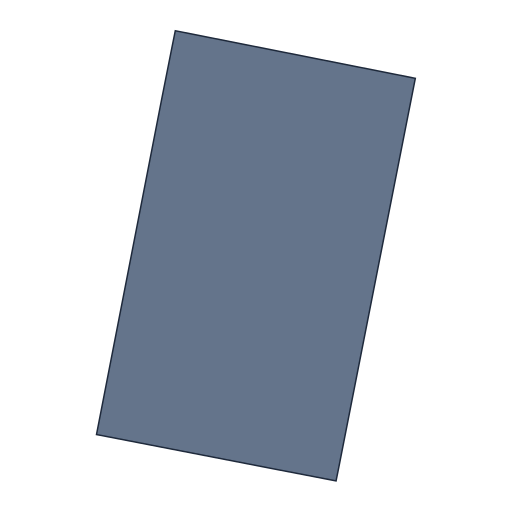 Ransom, North Dakota, United States of America (Equal Earth projection), rotated 101°
{"feature_id": "52423323B99125508310727", "entity_name": "Ransom", "entity_type": "district", "adm_level": 2, "iso_a3": "USA", "parent_name": "United States of America", "parent_adm1": "North Dakota", "projection": "equal_earth", "projection_center": [-97.685, 46.457], "detail": "fine", "context": "isolated", "style": "filled", "palette": "slate", "viewbox_px": 512, "rotation_deg": 101, "n_neighbors": 0, "source": "geoboundaries", "source_scale": "gbopen_adm2", "svg_char_len": 287}
<svg xmlns="http://www.w3.org/2000/svg" viewBox="0 0 512 512"><g transform="rotate(101 256 256)"><path d="M51.2,133.5L50.3,378.2L65.5,378.3L118.7,378.5L461.7,378.5L461.6,195.1L461.5,134.5L448.2,134.4L242.7,134.0L51.2,133.5Z" fill="#64748b" stroke="#1e293b" stroke-width="1.5"/></g></svg>